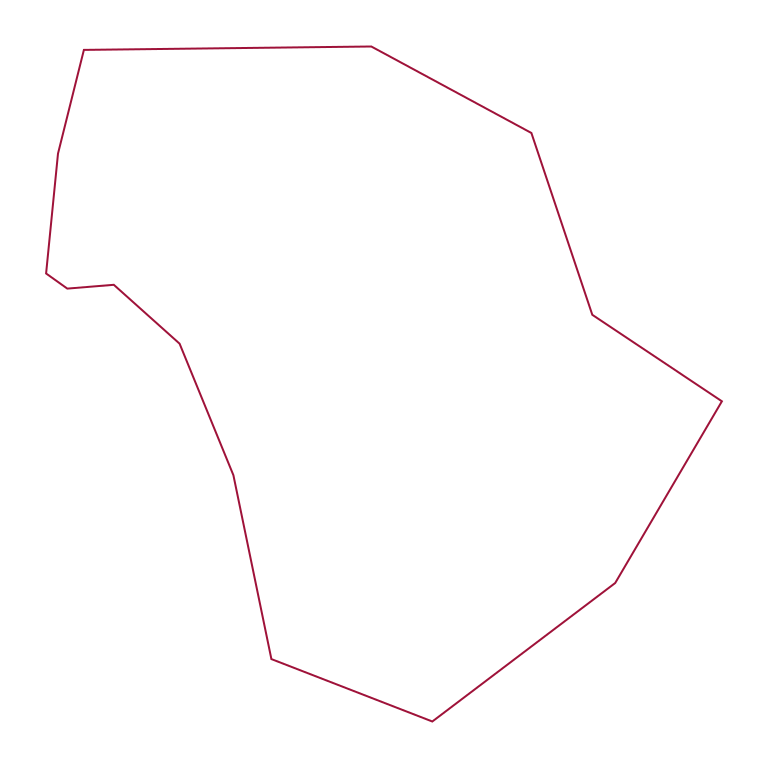 outline of Aimeliik
{"feature_id": "PLW-5244", "entity_name": "Aimeliik", "entity_type": "state/province", "adm_level": 1, "iso_a3": "PLW", "parent_name": "Palau", "parent_adm1": "", "projection": "robinson", "projection_center": [134.515, 7.434], "detail": "fine", "context": "isolated", "style": "outline", "palette": "rose", "viewbox_px": 768, "rotation_deg": 0, "n_neighbors": 0, "source": "natural_earth", "source_scale": "10m", "svg_char_len": 301}
<svg xmlns="http://www.w3.org/2000/svg" viewBox="0 0 768 768"><path d="M271.4,659.1L233.4,475.2L179.6,343.7L113.8,284.8L67.3,288.6L46.1,273.5L58.0,153.6L83.9,49.9L371.3,46.5L531.4,133.0L592.3,314.8L721.9,401.3L615.2,583.0L432.3,721.5L271.4,659.1Z" fill="none" stroke="#9f1239" stroke-width="2"/></svg>